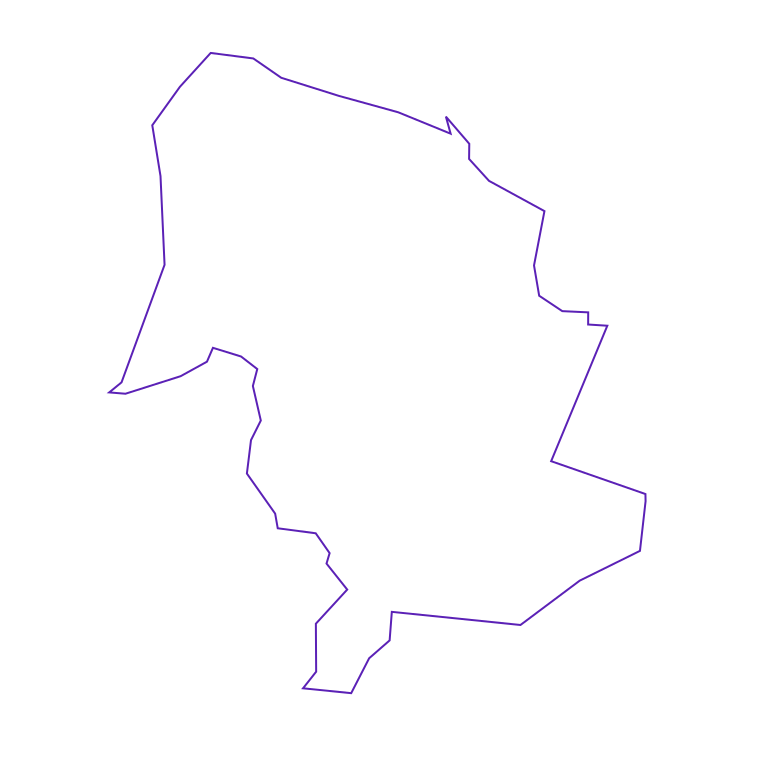 Brantley, Georgia, United States of America (Equal Earth projection), rotated 276°
{"feature_id": "52423323B25931574604795", "entity_name": "Brantley", "entity_type": "district", "adm_level": 2, "iso_a3": "USA", "parent_name": "United States of America", "parent_adm1": "Georgia", "projection": "equal_earth", "projection_center": [-82.007, 31.192], "detail": "fine", "context": "isolated", "style": "outline", "palette": "violet", "viewbox_px": 768, "rotation_deg": 276, "n_neighbors": 0, "source": "geoboundaries", "source_scale": "gbopen_adm2", "svg_char_len": 799}
<svg xmlns="http://www.w3.org/2000/svg" viewBox="0 0 768 768"><g transform="rotate(276 384 384)"><path d="M244.8,656.0L294.8,656.4L301.9,655.5L324.7,558.3L465.3,600.0L464.5,580.8L476.6,579.6L475.1,553.7L488.0,529.1L517.6,520.8L572.7,525.5L597.0,467.2L616.7,445.1L631.8,443.7L656.4,417.6L639.9,424.1L655.7,369.8L665.8,309.1L677.8,249.8L694.1,220.0L695.1,177.0L658.3,150.0L617.1,126.5L567.4,140.0L479.6,153.3L358.2,122.8L346.9,111.6L347.3,127.9L370.5,180.9L387.7,205.6L402.1,210.1L396.4,239.0L385.6,256.4L368.3,253.8L334.8,265.3L314.3,257.6L280.6,257.0L243.7,289.3L229.4,293.4L228.4,331.7L210.1,347.6L199.4,345.6L175.7,368.9L138.5,341.3L90.8,346.6L72.9,335.3L73.1,383.7L109.7,397.9L129.6,416.4L158.2,415.6L158.6,544.9L208.9,599.2L244.8,656.0Z" fill="none" stroke="#5b21b6" stroke-width="2"/></g></svg>